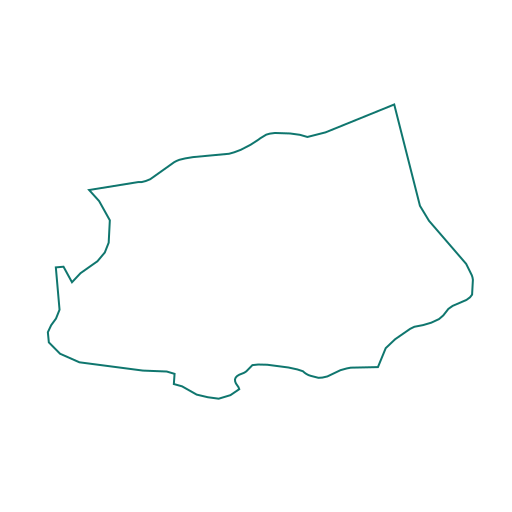 the Parish of Saint Catherine, rotated 85°
{"feature_id": "JAM-1380", "entity_name": "Saint Catherine", "entity_type": "Parish", "adm_level": 1, "iso_a3": "JAM", "parent_name": "Jamaica", "parent_adm1": "", "projection": "equal_earth", "projection_center": [-76.985, 18.04], "detail": "fine", "context": "isolated", "style": "outline", "palette": "teal", "viewbox_px": 512, "rotation_deg": 85, "n_neighbors": 0, "source": "natural_earth", "source_scale": "10m", "svg_char_len": 1314}
<svg xmlns="http://www.w3.org/2000/svg" viewBox="0 0 512 512"><g transform="rotate(85 256 256)"><path d="M394.9,305.6L392.5,316.3L388.9,327.2L379.4,341.0L376.4,349.0L366.3,347.4L363.3,355.0L360.3,378.6L346.5,441.2L336.3,459.7L324.0,469.9L313.8,470.0L307.1,466.1L300.9,460.7L292.4,456.4L249.9,456.4L249.9,448.7L266.1,441.6L257.8,432.3L247.4,414.4L239.3,406.3L229.9,401.6L207.7,398.5L187.6,407.5L175.7,416.5L172.1,367.0L172.4,363.6L171.7,359.3L170.3,354.7L155.4,329.3L154.4,326.9L153.5,324.0L152.6,318.0L152.0,310.1L151.8,273.9L150.8,268.7L148.9,261.9L144.7,251.7L140.3,243.4L139.1,241.5L136.0,235.2L135.3,231.5L135.1,226.4L136.9,211.4L139.1,201.7L141.9,194.4L138.9,176.0L117.1,105.1L220.3,88.3L236.0,80.6L282.2,47.3L294.0,42.7L296.2,42.2L298.6,42.0L313.3,44.1L315.8,46.4L318.1,50.2L322.8,64.4L325.4,68.9L331.5,74.6L334.8,79.2L337.7,87.2L339.4,95.6L340.3,104.4L342.0,108.8L351.0,124.6L359.1,134.8L377.3,144.2L375.5,171.3L375.9,175.3L377.1,181.8L382.2,195.4L382.9,200.5L382.8,204.4L380.2,211.8L379.2,214.1L377.9,216.1L376.5,217.8L374.9,219.3L372.6,224.7L369.9,233.4L365.3,254.3L364.3,263.3L364.4,269.1L369.9,275.5L370.6,276.6L371.4,278.3L372.8,283.0L373.9,285.2L375.3,286.8L377.1,287.7L379.2,287.7L381.2,287.1L385.1,284.9L387.2,284.3L392.4,293.6L394.9,305.6Z" fill="none" stroke="#0f766e" stroke-width="2"/></g></svg>